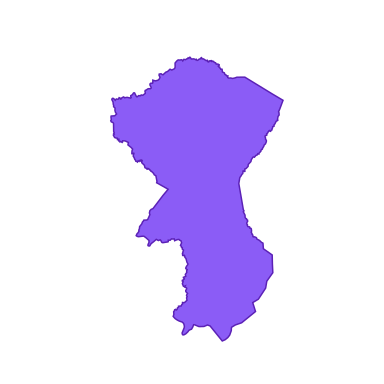 outline of Cedros, Francisco Morazán, Honduras, rotated 302°
{"feature_id": "27666195B52498637855734", "entity_name": "Cedros", "entity_type": "district", "adm_level": 2, "iso_a3": "HND", "parent_name": "Honduras", "parent_adm1": "Francisco Morazán", "projection": "albers", "projection_center": [-87.205, 14.525], "detail": "fine", "context": "isolated", "style": "filled", "palette": "violet", "viewbox_px": 384, "rotation_deg": 302, "n_neighbors": 0, "source": "geoboundaries", "source_scale": "gbopen_adm2", "svg_char_len": 6038}
<svg xmlns="http://www.w3.org/2000/svg" viewBox="0 0 384 384"><g transform="rotate(302 192 192)"><path d="M88.0,278.3L81.7,296.6L84.3,298.4L87.6,299.5L90.6,299.8L95.2,298.8L97.7,297.4L98.4,297.3L102.2,299.2L107.4,303.4L124.3,309.2L130.4,302.1L136.3,305.1L149.5,305.4L156.0,302.7L166.4,303.3L173.6,298.3L181.1,293.4L181.7,282.6L186.1,279.4L186.3,279.1L186.1,277.8L186.7,274.9L186.5,271.9L187.3,271.0L187.4,270.1L187.0,268.5L186.4,267.7L186.5,267.3L187.7,266.4L188.0,265.3L188.5,265.0L189.2,263.6L190.5,263.2L192.2,261.8L192.4,261.1L192.0,260.4L192.7,259.7L192.9,259.3L192.3,257.6L193.0,256.6L193.6,256.4L194.0,255.3L195.2,254.7L196.5,254.8L197.6,254.0L197.6,253.0L198.2,252.4L198.1,251.5L198.5,250.6L200.5,249.2L202.4,246.0L203.4,246.1L203.7,245.9L204.2,244.9L224.0,227.2L229.6,224.9L232.0,225.1L233.2,224.9L234.5,225.3L236.9,224.2L237.2,224.6L237.2,225.6L237.5,225.9L239.5,224.6L240.5,225.4L243.4,226.0L245.2,225.1L248.7,225.8L249.6,225.7L250.7,225.2L253.7,225.2L254.4,225.7L254.6,226.5L256.8,226.8L258.1,227.7L259.3,227.5L259.6,228.6L260.4,228.3L263.1,228.8L263.6,228.5L264.9,228.4L265.3,228.9L265.7,228.9L267.0,228.6L268.5,228.7L270.1,228.3L271.7,228.8L274.0,228.4L274.9,227.9L275.3,227.6L275.7,226.4L276.8,225.7L277.5,224.7L278.4,224.3L278.8,224.4L279.4,225.1L280.1,225.3L280.9,224.5L282.3,224.9L283.6,224.7L284.7,224.9L285.1,225.0L284.9,225.9L285.1,226.5L286.2,226.4L287.0,226.9L288.2,226.4L289.3,226.3L290.1,225.8L291.4,226.7L292.2,226.0L293.6,226.2L296.5,225.9L298.2,226.8L298.6,226.6L298.7,226.1L301.7,224.9L303.3,225.1L303.9,224.8L305.5,223.6L305.9,222.9L308.7,222.5L318.0,220.6L317.7,208.1L317.4,176.0L313.2,169.3L311.2,167.7L309.8,166.2L309.2,164.4L308.1,162.9L308.0,161.6L309.5,160.9L308.8,159.7L309.3,158.9L309.1,157.7L310.2,156.3L309.9,154.2L312.0,152.5L311.3,151.3L311.8,150.9L311.9,149.9L312.5,149.3L312.2,148.8L312.7,148.3L312.6,147.6L312.9,147.5L314.0,147.9L314.3,147.7L314.2,146.2L313.3,144.8L314.1,143.5L313.7,142.2L314.2,141.2L313.8,139.8L313.2,139.8L313.1,139.5L313.7,139.0L313.7,138.8L313.1,138.5L313.0,137.9L312.5,137.8L312.3,137.1L311.3,137.3L311.0,137.0L310.9,136.2L311.8,135.1L310.9,134.4L311.0,131.3L310.3,130.0L311.0,128.9L310.1,128.4L309.5,128.6L308.4,127.6L306.8,127.1L306.3,126.6L306.3,126.2L306.8,125.3L306.1,125.0L306.1,123.9L305.8,122.9L304.4,120.9L305.2,119.3L305.2,118.8L304.8,118.5L303.8,118.5L303.7,117.6L302.9,117.7L302.3,117.1L300.8,116.4L300.2,114.8L298.3,114.7L298.7,113.8L298.5,112.8L297.5,111.9L296.9,110.6L296.4,110.1L294.8,109.6L292.4,109.3L289.0,111.5L287.9,111.8L286.9,111.6L284.7,110.2L284.5,108.3L281.2,107.4L279.8,106.3L276.1,105.3L275.8,104.3L275.9,103.1L274.6,101.7L273.5,102.2L272.3,104.1L270.3,104.4L268.6,103.8L266.8,102.0L266.1,99.5L264.2,100.7L263.4,100.9L262.3,99.3L261.7,99.1L261.0,99.3L260.4,99.7L259.1,101.9L258.2,102.3L257.7,102.1L256.4,100.1L254.2,99.1L253.4,98.5L252.5,98.7L252.0,99.3L250.8,100.1L247.9,99.0L247.5,97.7L247.2,97.4L246.4,97.4L245.4,95.6L243.9,95.2L243.5,94.8L243.6,94.1L245.6,90.8L245.4,90.2L244.8,89.9L243.0,89.9L241.3,89.0L240.8,89.2L239.8,90.4L239.1,90.2L237.9,86.8L236.2,84.9L236.4,84.0L236.3,83.5L234.7,82.6L233.2,82.5L232.9,82.0L233.6,81.2L233.4,80.2L231.7,80.3L231.2,79.7L230.8,78.5L229.1,78.3L229.7,76.2L229.6,75.3L229.2,74.9L228.5,74.8L227.8,75.1L226.5,77.3L224.5,78.9L223.7,79.9L222.8,80.3L222.4,82.3L220.5,83.3L219.1,84.7L218.2,86.7L215.7,86.1L213.6,83.2L212.7,83.5L210.6,85.2L209.4,85.3L208.7,86.4L209.0,88.1L208.6,89.1L201.8,93.5L201.2,94.5L200.2,94.5L199.9,95.4L198.6,95.1L197.2,97.5L197.5,99.0L198.1,100.3L197.9,100.7L196.9,101.0L197.0,101.5L197.8,102.1L196.5,102.8L196.8,104.0L196.3,104.4L197.1,105.1L197.0,106.5L197.6,106.6L198.7,106.1L199.5,107.4L199.9,108.4L200.3,111.8L198.0,112.7L197.5,116.8L196.9,118.9L195.1,119.3L192.6,120.7L192.7,121.1L193.9,121.8L194.0,122.2L191.3,123.1L190.5,124.7L189.4,126.1L189.0,127.2L188.3,128.1L188.6,129.1L188.5,129.9L189.8,129.8L189.9,130.9L190.8,130.7L190.8,131.7L192.1,131.7L192.4,132.5L192.1,133.2L191.1,133.2L190.2,133.9L189.4,137.5L187.7,139.2L187.9,141.1L187.5,141.8L187.9,142.2L188.6,142.1L188.8,142.9L188.5,143.4L188.6,144.4L188.2,144.8L188.2,145.6L187.9,145.9L188.0,146.9L187.4,149.6L186.6,150.8L186.6,152.8L182.4,156.7L181.1,157.1L181.7,170.3L173.6,169.2L157.2,167.7L155.7,166.6L153.8,166.2L151.6,167.0L150.5,168.3L145.1,169.0L143.8,168.0L143.4,167.1L142.5,166.0L141.7,166.2L140.3,165.9L138.3,166.3L134.9,165.9L133.1,166.8L131.5,167.1L130.5,167.8L128.9,167.8L127.3,167.5L125.4,167.8L125.3,169.0L125.7,170.3L128.3,173.5L129.0,174.6L128.8,177.3L128.1,181.2L126.3,182.3L124.3,182.5L123.4,182.9L123.2,183.2L123.4,184.2L123.9,184.7L126.5,184.7L129.8,185.9L132.9,186.8L133.0,189.2L134.4,190.2L134.6,190.6L134.4,191.2L133.4,192.8L133.3,193.5L133.6,194.2L137.0,198.1L137.5,198.1L138.5,197.4L139.6,199.1L141.3,199.4L141.9,200.6L142.8,201.7L141.5,203.1L143.4,204.4L144.6,205.6L144.9,206.3L144.6,206.9L144.8,208.5L143.4,210.1L140.6,210.5L140.3,211.7L139.7,212.1L139.6,213.3L138.5,213.9L138.2,215.6L136.1,216.1L135.4,216.6L134.9,216.4L133.3,217.7L133.3,218.2L134.2,218.8L134.1,219.4L132.8,220.7L132.4,222.1L129.8,224.9L128.8,226.7L128.0,226.9L126.1,226.7L124.1,227.0L123.7,227.5L123.6,229.1L122.3,229.2L121.0,230.2L118.6,230.0L117.1,231.4L115.1,229.9L114.7,230.2L114.5,231.3L114.2,231.6L113.2,231.2L112.6,231.2L112.1,230.6L111.4,230.8L111.2,232.0L109.1,232.4L107.5,234.7L107.6,235.2L108.7,236.0L107.7,236.1L107.5,236.3L107.8,237.7L107.7,238.3L107.0,238.8L105.1,238.9L104.2,239.6L103.6,242.0L101.9,242.0L101.2,242.3L100.8,243.3L99.3,243.5L97.6,245.1L95.1,244.5L94.2,244.1L93.8,243.7L93.3,242.5L92.8,242.7L92.1,243.3L91.1,243.0L89.6,243.2L88.0,241.1L87.2,241.6L85.9,241.1L85.0,241.5L83.8,241.4L83.6,241.1L83.8,240.3L82.9,239.7L81.9,240.0L80.7,239.9L78.7,241.4L76.5,242.0L75.7,244.8L75.6,247.4L75.8,249.6L76.5,252.6L76.2,254.2L75.6,255.2L74.2,256.6L72.8,257.3L67.2,258.3L66.3,259.1L66.0,260.1L66.7,260.9L68.5,261.9L71.3,262.6L73.0,262.7L74.1,263.3L75.4,264.3L77.9,264.2L80.3,263.7L80.8,264.7L81.5,269.0L81.9,269.8L84.3,273.4L87.4,275.6L88.0,278.3Z" fill="#8b5cf6" stroke="#5b21b6" stroke-width="1.5"/></g></svg>